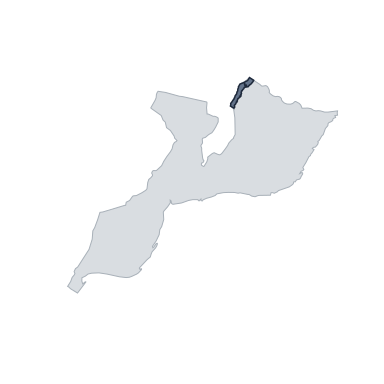 Lago Niassa, Niassa, Mozambique shown in context, rotated 33°
{"feature_id": "85939544B11916103118899", "entity_name": "Lago Niassa", "entity_type": "district", "adm_level": 2, "iso_a3": "MOZ", "parent_name": "Mozambique", "parent_adm1": "Niassa", "projection": "robinson", "projection_center": [34.718, -12.529], "detail": "fine", "context": "in_parent", "style": "filled", "palette": "slate", "viewbox_px": 384, "rotation_deg": 33, "n_neighbors": 0, "source": "geoboundaries", "source_scale": "gbopen_adm2", "svg_char_len": 6579}
<svg xmlns="http://www.w3.org/2000/svg" viewBox="0 0 384 384"><g transform="rotate(33 192 192)"><path d="M125.9,259.2L128.1,257.3L142.7,240.0L143.6,239.3L142.4,236.4L144.3,233.1L144.5,227.9L145.1,227.0L147.3,225.3L150.4,219.9L152.3,215.7L152.5,213.8L149.7,208.1L148.9,205.0L149.7,202.4L150.0,199.9L149.6,199.1L147.9,198.1L147.6,197.0L147.6,195.7L148.0,195.0L150.0,193.8L150.5,193.2L152.2,186.5L151.6,181.6L151.6,175.9L152.0,170.0L151.8,166.6L150.4,162.8L150.3,160.0L151.3,158.1L151.4,157.0L148.2,156.3L146.5,154.8L140.4,152.2L135.6,151.9L131.6,148.0L128.5,147.4L124.5,144.6L112.0,144.1L111.6,143.8L111.1,135.3L110.6,132.5L109.0,129.5L108.6,127.4L108.7,126.0L115.6,122.9L129.2,118.6L132.2,117.1L155.3,108.5L156.0,109.0L158.3,113.4L162.2,118.4L163.1,117.8L168.6,117.0L169.5,116.3L171.1,115.8L173.1,115.6L173.8,115.9L175.8,119.0L176.5,124.8L176.6,128.7L176.4,131.5L174.7,134.8L173.5,138.9L171.7,141.1L171.8,142.1L173.8,144.6L174.2,145.6L174.1,147.7L174.4,148.6L176.2,149.9L177.5,151.9L182.5,157.8L183.8,158.9L184.8,159.1L185.3,160.3L185.0,161.7L184.3,162.4L184.6,163.5L185.5,164.4L187.8,164.3L188.1,163.9L188.0,158.7L187.2,155.6L186.2,154.2L188.1,148.6L189.2,147.0L193.0,146.4L194.7,145.9L195.4,145.2L196.0,143.4L196.4,138.4L196.6,133.7L196.2,131.0L196.8,126.8L197.6,124.3L197.2,123.7L196.9,120.3L187.5,106.4L182.1,100.2L181.2,99.5L178.3,99.0L176.7,96.7L175.4,84.3L173.5,75.3L176.6,69.3L177.6,65.5L178.2,64.9L180.9,64.7L190.2,64.8L192.5,65.2L193.5,64.8L196.0,62.5L198.0,62.5L200.7,64.0L202.1,65.3L202.4,66.4L204.2,67.0L207.5,67.2L210.0,66.6L211.5,65.3L213.1,64.6L214.8,64.5L216.1,65.0L216.9,66.0L218.6,66.7L221.0,67.1L223.7,66.5L226.6,64.8L228.2,63.0L229.1,60.0L229.7,59.6L233.7,59.3L235.9,59.9L238.7,61.8L243.5,58.5L246.5,57.3L249.4,57.3L251.8,56.5L253.6,55.0L255.6,54.0L259.6,52.8L262.3,51.1L269.9,44.7L270.7,46.6L272.2,48.3L270.2,50.1L271.9,51.3L270.6,53.1L270.5,54.3L271.1,55.5L270.2,57.6L269.1,59.1L268.8,60.3L269.8,62.4L269.3,66.1L270.8,72.4L270.3,74.4L270.6,79.4L270.0,81.1L271.0,81.8L271.5,83.7L271.0,87.1L269.4,88.6L269.2,90.0L271.3,90.0L271.3,94.3L271.0,95.5L271.5,97.0L270.8,98.6L271.5,105.4L271.6,110.4L271.7,111.2L273.5,112.1L273.4,113.5L272.2,115.2L272.3,117.9L273.6,115.8L274.4,115.8L275.0,116.6L275.1,119.6L275.4,121.1L275.3,122.5L273.1,124.9L273.0,127.4L272.2,127.7L271.8,128.3L272.4,129.7L272.3,130.9L270.8,134.7L263.7,143.8L263.5,145.3L261.7,148.2L259.8,148.7L258.7,149.5L259.5,152.0L250.0,158.4L249.1,159.3L247.5,161.6L244.4,162.9L241.0,163.0L240.5,163.5L232.8,166.5L231.3,167.9L228.0,169.2L222.9,172.4L218.7,175.4L213.9,180.0L213.3,182.4L211.0,185.6L207.6,189.4L205.6,192.5L205.5,193.9L204.3,194.3L203.3,193.0L202.8,195.6L202.0,195.7L201.1,195.2L196.9,197.9L193.7,201.0L189.2,206.9L182.7,212.7L181.2,212.8L179.2,210.8L178.1,210.7L179.7,212.8L179.6,217.6L178.8,223.3L178.9,224.5L183.3,230.5L185.4,237.5L185.5,241.1L187.7,245.7L188.6,252.6L188.4,259.1L189.5,260.1L189.9,259.2L190.0,255.1L190.6,254.0L191.2,254.2L191.8,256.4L191.9,258.7L191.1,263.8L191.4,265.8L192.4,269.2L191.2,273.2L189.2,284.3L189.7,285.0L190.7,285.2L191.0,284.0L191.6,284.0L191.9,284.7L191.1,289.1L190.3,291.0L187.4,295.6L185.9,297.6L183.4,299.6L177.4,302.6L165.5,307.1L158.0,310.5L152.1,314.7L149.5,317.4L148.4,320.6L146.4,323.9L148.1,326.7L150.4,328.6L151.4,325.4L152.0,325.3L151.0,339.1L142.8,339.3L140.5,338.8L139.1,338.9L139.0,333.1L138.0,328.9L138.4,325.8L138.2,324.1L136.5,323.0L136.0,319.7L137.0,317.2L136.9,296.2L134.0,285.9L130.0,278.6L129.8,274.9L128.0,266.8L125.9,259.2ZM178.6,74.4L179.6,73.9L179.7,72.9L179.1,72.4L178.5,72.5L178.3,74.1L178.6,74.4ZM177.9,72.5L177.2,71.8L176.6,72.0L176.4,72.6L177.0,73.5L177.6,73.5L177.9,72.5Z" fill="#d9dde1" stroke="#a8b0b8" stroke-width="1"/><path d="M180.6,92.0L180.6,91.9L180.5,91.6L180.5,91.4L180.4,91.4L180.5,91.3L180.5,91.2L180.4,91.2L180.3,90.9L180.2,90.8L180.2,90.7L180.1,90.4L180.0,90.2L179.9,90.1L179.9,89.9L179.9,89.7L179.9,89.4L179.8,89.2L179.8,88.9L179.7,88.8L179.8,88.7L179.8,88.4L180.0,88.3L180.0,88.2L180.0,87.9L180.1,87.6L180.2,87.3L180.2,87.2L180.3,87.1L180.2,86.8L180.3,86.7L180.2,86.6L180.3,86.5L180.4,86.4L180.3,86.2L180.5,86.1L180.6,85.9L180.7,85.6L180.7,85.4L180.7,85.2L180.8,85.0L180.7,84.9L180.6,85.0L180.4,85.0L180.5,84.9L180.6,84.7L180.4,84.0L180.3,83.9L179.9,83.7L180.0,83.5L179.9,83.4L180.0,83.2L179.9,82.7L179.7,82.5L179.7,82.4L179.7,82.2L179.3,82.0L179.2,81.9L179.0,81.7L178.9,81.4L178.9,81.2L178.8,80.9L178.8,80.6L178.7,80.4L178.6,80.2L178.8,80.1L178.9,79.9L178.9,79.7L178.8,79.4L178.9,79.2L178.9,78.9L178.8,78.7L178.8,78.3L179.0,77.8L179.0,77.7L179.1,77.4L179.1,77.1L179.2,76.9L179.1,76.7L179.0,76.4L178.9,76.2L178.8,75.9L178.9,75.7L179.1,75.4L179.3,75.3L179.4,75.2L179.5,75.2L179.7,74.9L179.8,74.7L180.0,74.7L180.3,74.4L180.5,74.3L180.6,74.1L180.6,73.8L180.6,73.7L180.8,73.7L181.0,73.7L181.3,73.6L181.5,73.4L181.7,73.2L181.8,72.9L181.8,72.7L181.7,72.5L181.7,72.4L181.8,72.3L181.8,72.2L181.9,71.8L181.9,71.6L181.9,71.4L182.0,71.3L182.0,71.1L182.0,70.8L182.0,70.7L182.2,70.4L182.3,70.4L182.4,70.2L182.5,69.8L182.6,69.5L182.6,69.3L182.6,69.2L182.8,68.8L182.8,68.7L182.9,68.4L182.8,68.2L182.8,67.8L182.8,67.6L182.8,67.4L182.9,67.2L183.0,67.0L183.0,66.9L183.0,66.6L183.0,66.4L183.0,66.2L183.0,65.9L183.0,65.6L182.9,65.5L182.9,65.4L183.0,65.2L183.0,64.9L182.9,64.7L177.9,64.7L177.9,65.1L177.9,65.9L177.9,66.4L178.0,66.6L178.0,66.8L177.9,67.8L177.9,68.1L177.8,68.3L177.5,69.1L177.3,69.4L176.8,70.0L176.6,70.5L176.3,71.3L176.3,71.5L176.2,71.6L176.0,72.0L175.8,72.1L175.6,72.3L175.3,72.8L175.1,73.2L175.0,73.3L174.5,73.8L173.4,75.5L173.4,75.8L173.5,76.3L173.5,76.5L173.6,77.3L173.6,78.5L174.1,79.2L174.2,79.3L174.3,79.5L174.3,80.4L174.5,80.9L174.7,81.3L175.2,82.2L175.3,82.3L175.3,82.6L175.3,83.5L175.7,84.7L175.9,85.1L176.1,85.9L176.1,86.0L176.0,86.5L175.9,86.8L175.8,87.5L175.9,87.9L176.2,88.8L176.4,90.3L176.5,90.8L176.6,91.5L176.5,91.8L176.4,93.3L176.4,94.5L176.4,94.9L176.4,95.3L176.3,95.7L176.2,96.6L177.0,97.7L177.4,99.0L181.5,98.9L181.4,98.7L181.5,98.4L181.5,98.1L181.4,97.9L181.6,97.6L181.4,97.3L181.3,97.2L181.2,97.1L181.0,96.9L180.9,96.9L180.7,96.7L180.5,96.4L180.4,96.4L180.3,96.2L180.4,95.9L180.4,95.6L180.5,95.6L180.6,95.2L180.6,94.9L180.6,94.7L180.7,94.4L180.6,94.2L180.6,93.8L180.5,93.7L180.5,93.4L180.4,93.2L180.4,92.7L180.5,92.6L180.6,92.4L180.7,92.2L180.6,92.0ZM179.8,73.3L179.7,73.5L179.5,73.8L179.6,74.0L179.4,74.2L179.4,74.3L179.1,74.2L178.9,74.0L178.9,73.9L179.0,73.7L179.2,73.0L179.3,72.9L179.4,73.1L179.5,73.1L179.8,73.2L179.8,73.3L179.8,73.3ZM177.7,73.0L177.6,73.3L177.5,73.2L177.4,72.8L177.3,72.7L177.5,72.6L177.7,72.8L177.7,73.0Z" fill="#64748b" stroke="#1e293b" stroke-width="1.5"/></g></svg>